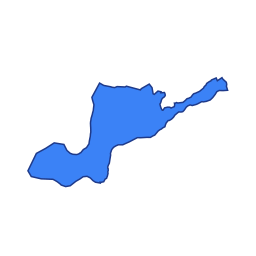 Mokwa, Niger, Nigeria (Mercator projection), rotated 303°
{"feature_id": "59680162B23155718085687", "entity_name": "Mokwa", "entity_type": "district", "adm_level": 2, "iso_a3": "NGA", "parent_name": "Nigeria", "parent_adm1": "Niger", "projection": "mercator", "projection_center": [5.257, 9.194], "detail": "fine", "context": "isolated", "style": "filled", "palette": "blue", "viewbox_px": 256, "rotation_deg": 303, "n_neighbors": 0, "source": "geoboundaries", "source_scale": "gbopen_adm2", "svg_char_len": 2835}
<svg xmlns="http://www.w3.org/2000/svg" viewBox="0 0 256 256"><g transform="rotate(303 128 128)"><path d="M66.7,134.7L67.3,134.1L67.8,135.0L69.7,136.9L72.0,136.7L72.8,136.7L73.0,136.7L73.2,136.9L73.6,137.1L73.8,137.3L74.1,137.4L74.3,137.4L74.6,137.3L74.8,137.2L76.1,137.0L79.0,136.0L80.3,134.9L81.5,134.6L82.5,133.9L83.1,133.5L83.2,133.0L84.6,132.1L86.5,131.7L88.3,131.5L90.1,130.7L92.8,129.5L95.8,128.2L97.2,127.1L99.5,126.5L101.0,126.1L103.9,126.4L106.3,127.5L108.6,129.0L111.1,132.8L111.5,133.0L114.0,134.6L117.2,136.7L117.4,136.8L120.8,138.7L125.0,141.1L126.8,144.0L130.5,149.0L132.3,151.9L134.8,153.1L136.6,154.3L139.1,154.6L141.7,154.9L143.8,155.6L145.4,156.6L146.9,157.0L149.2,158.3L150.5,157.8L152.9,157.3L156.1,157.6L156.9,158.6L159.2,159.7L161.8,160.3L164.3,160.3L166.0,160.8L167.3,161.2L169.1,161.8L169.6,162.7L170.4,163.9L171.5,165.0L173.2,165.4L175.0,165.5L177.1,165.5L179.1,166.1L181.2,167.5L181.8,169.6L182.5,170.2L184.7,172.2L185.1,172.5L186.1,173.2L188.6,174.6L190.3,175.5L190.9,176.9L193.0,179.2L196.3,181.7L199.3,182.4L199.8,182.5L202.3,182.7L203.7,182.8L203.9,182.8L206.8,182.7L209.1,184.0L211.1,187.3L213.9,191.0L216.5,187.9L218.4,187.0L219.9,185.5L220.7,180.8L221.4,179.4L216.3,177.2L218.0,174.7L213.7,171.8L212.5,171.8L211.9,171.3L210.7,170.7L208.2,169.7L206.6,170.0L204.2,169.4L202.6,169.6L201.0,169.1L197.6,168.0L195.6,166.7L194.0,165.7L193.1,164.9L192.6,164.5L191.4,164.2L190.5,164.1L189.7,164.1L188.2,164.0L185.7,162.5L185.2,161.9L184.8,161.7L184.4,161.4L183.7,161.3L183.0,161.2L182.2,161.0L180.5,160.5L179.4,160.1L177.3,157.6L176.1,156.2L175.7,154.7L174.7,154.3L174.1,153.4L173.2,154.3L171.2,155.2L168.2,153.2L168.2,151.8L167.1,149.9L164.8,147.7L164.7,147.7L164.1,147.7L162.1,147.7L161.6,147.1L161.8,146.5L162.7,144.9L163.7,143.6L165.4,141.7L166.8,141.7L168.9,141.1L170.0,140.7L171.7,140.7L171.8,140.7L173.8,141.5L175.0,141.6L175.6,141.4L175.8,141.4L176.2,141.0L177.1,140.1L177.6,139.2L176.4,137.7L175.4,136.3L176.4,136.0L175.3,133.0L170.5,131.7L170.4,130.4L174.9,126.2L176.4,121.9L168.2,117.7L166.7,117.7L162.2,103.9L160.8,103.2L156.8,96.3L154.6,94.8L153.2,91.7L153.3,91.4L150.5,84.5L150.2,79.7L134.1,81.0L132.4,82.7L128.9,86.8L125.2,88.6L123.7,89.4L121.3,90.1L120.1,90.6L116.0,91.8L113.7,92.9L113.1,93.1L111.6,93.9L108.8,95.9L108.2,96.4L107.7,96.7L106.5,97.6L105.5,98.2L104.5,98.9L103.5,99.4L102.7,99.7L100.5,100.9L96.2,102.6L94.9,103.2L93.5,103.9L89.5,103.9L88.7,103.8L85.5,102.2L84.3,102.2L83.4,102.0L81.6,101.9L81.0,101.4L79.8,101.0L78.9,100.4L78.5,100.1L77.7,99.3L75.9,96.0L75.3,93.3L75.9,89.0L79.3,83.2L75.3,74.2L66.0,70.0L56.8,65.0L37.6,67.4L34.6,73.3L38.1,82.9L44.1,93.0L44.3,95.1L44.4,98.2L44.1,101.6L43.8,103.0L44.9,107.6L48.1,111.0L54.9,113.3L59.2,115.5L60.5,116.0L62.7,116.9L65.2,120.0L65.6,123.5L64.8,127.3L64.8,130.2L66.7,134.7Z" fill="#3b82f6" stroke="#1e3a8a" stroke-width="1.5"/></g></svg>